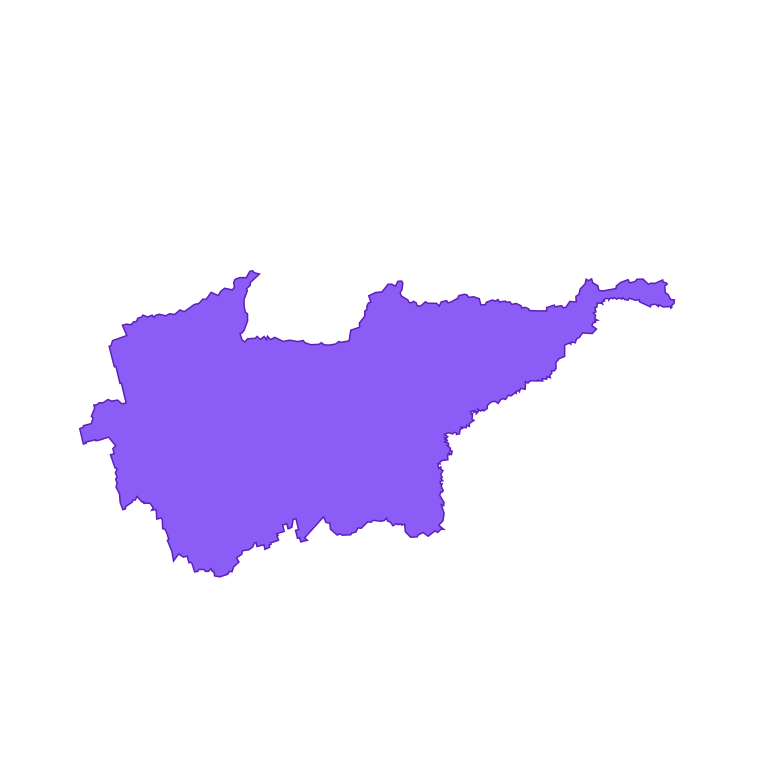 the district of Snowy Valleys, New South Wales, Australia, rotated 247°
{"feature_id": "25037944B29882714445476", "entity_name": "Snowy Valleys", "entity_type": "district", "adm_level": 2, "iso_a3": "AUS", "parent_name": "Australia", "parent_adm1": "New South Wales", "projection": "natural_earth1", "projection_center": [148.158, -35.943], "detail": "fine", "context": "isolated", "style": "filled", "palette": "violet", "viewbox_px": 768, "rotation_deg": 247, "n_neighbors": 0, "source": "geoboundaries", "source_scale": "gbopen_adm2", "svg_char_len": 6154}
<svg xmlns="http://www.w3.org/2000/svg" viewBox="0 0 768 768"><g transform="rotate(247 384 384)"><path d="M273.5,153.1L270.6,157.6L269.9,166.0L271.9,168.1L270.6,170.8L274.4,174.2L276.9,181.0L281.5,180.3L282.9,186.7L285.8,188.4L284.2,194.9L285.3,199.5L288.3,202.6L288.1,204.3L284.0,203.6L282.9,210.6L278.3,209.8L278.4,215.0L280.7,215.4L280.5,217.2L282.0,217.5L281.4,225.9L285.8,226.1L286.0,227.4L288.1,226.5L287.3,234.6L293.8,235.6L293.2,239.9L288.2,239.1L288.0,240.7L288.2,243.3L294.8,247.4L294.4,250.3L283.4,248.5L283.9,245.4L275.7,244.1L275.3,246.3L271.2,245.6L270.1,252.4L273.4,250.8L285.3,276.4L279.2,276.5L277.0,279.7L271.2,278.0L263.2,281.9L263.2,285.1L261.2,286.4L258.2,294.4L259.4,296.0L258.7,300.3L261.7,303.7L260.1,306.8L263.4,314.9L261.8,318.4L262.8,320.6L258.8,327.7L258.2,331.0L259.6,334.0L256.4,333.7L254.3,335.9L250.0,336.9L250.7,340.9L249.0,341.8L248.6,345.0L247.2,345.1L246.9,348.2L239.7,345.9L232.6,348.6L230.3,354.8L231.7,356.4L232.0,361.9L226.6,365.2L228.9,373.4L226.4,375.4L228.1,380.0L226.9,382.2L232.7,379.2L235.0,384.8L241.5,388.8L250.5,389.6L248.7,391.4L251.5,393.0L259.7,391.8L262.4,394.1L261.7,395.6L262.9,396.9L267.5,396.7L269.4,398.5L269.6,397.0L272.3,397.5L272.0,400.3L274.9,399.5L275.4,401.2L278.5,400.8L281.3,404.5L282.9,403.1L285.4,403.9L284.9,401.5L289.6,402.3L288.5,404.4L290.1,404.5L290.9,407.8L289.3,413.2L293.7,414.7L295.0,416.5L292.8,416.3L294.0,417.1L292.7,418.5L295.6,420.5L296.7,418.7L298.9,420.1L302.6,418.2L302.0,419.3L304.3,420.2L307.0,417.3L307.0,420.2L308.5,419.9L308.9,417.9L309.1,419.5L309.7,418.8L310.8,418.9L309.7,419.5L310.6,422.1L314.1,420.0L314.0,424.3L311.2,427.7L312.0,429.9L310.6,431.6L309.2,431.0L308.6,434.0L312.4,436.2L312.5,438.8L314.0,438.2L311.7,442.6L313.7,444.2L311.6,446.0L314.3,447.2L315.4,452.6L317.0,451.2L322.3,454.1L322.3,452.6L324.8,452.9L324.1,457.0L323.0,455.9L322.3,458.0L320.6,457.3L321.8,460.2L324.0,460.6L321.3,462.5L321.5,465.1L320.3,465.3L321.0,469.3L324.0,470.9L325.6,475.9L324.7,479.5L321.5,481.5L324.0,485.3L324.1,487.6L322.3,489.8L325.1,494.1L323.4,496.4L324.8,501.4L323.7,502.1L325.5,502.7L325.4,505.7L324.1,505.6L326.5,508.1L324.0,511.9L330.8,515.2L328.6,516.8L329.8,520.2L326.9,526.2L328.0,527.6L326.8,527.0L324.8,531.3L327.1,531.6L324.9,535.6L327.0,536.9L324.8,539.6L327.2,539.8L328.2,542.6L330.5,543.3L329.6,546.0L331.0,548.4L336.7,550.7L338.9,555.2L338.8,561.1L349.2,565.5L349.3,570.6L347.6,571.5L349.6,572.8L347.2,576.2L350.2,578.7L350.7,582.4L353.4,586.6L349.1,595.4L351.6,601.1L356.4,598.1L358.8,600.6L358.1,602.7L359.8,603.1L359.3,605.5L361.7,603.4L364.5,605.6L367.5,604.4L367.6,607.3L372.0,608.0L371.6,610.0L375.2,612.0L373.0,616.2L371.1,616.7L374.3,616.2L374.3,619.5L375.6,619.1L376.1,621.4L374.5,624.5L373.6,624.0L374.8,626.3L373.0,628.2L373.4,630.1L371.2,631.3L371.3,634.2L369.2,636.1L370.1,637.7L367.6,638.6L365.8,641.5L367.2,643.2L362.8,648.2L361.8,652.0L359.8,651.3L350.9,659.4L352.6,660.7L351.4,665.0L348.0,666.9L349.6,668.0L345.9,671.0L343.3,677.9L341.7,677.7L342.3,679.1L343.6,678.5L344.8,682.4L347.9,684.2L349.8,680.8L355.3,680.5L358.2,678.6L364.6,680.8L365.2,683.6L366.4,683.6L368.9,680.8L370.9,681.2L370.8,672.4L372.5,669.4L372.5,666.3L379.4,663.4L381.6,657.7L380.2,655.3L381.1,649.6L384.7,649.4L385.0,641.3L383.4,636.1L381.2,634.8L384.3,621.4L386.3,618.4L391.0,619.2L395.6,615.7L399.7,616.2L399.2,612.7L401.5,611.0L397.6,608.3L394.8,601.7L390.3,598.4L389.7,594.9L384.4,593.0L387.4,587.3L383.5,581.3L384.4,578.6L386.8,578.0L388.2,571.5L390.1,571.6L390.8,563.5L387.8,562.5L390.1,556.6L394.9,546.3L396.3,546.7L399.4,544.0L400.3,540.5L402.5,540.7L406.4,537.2L407.4,532.6L410.3,532.1L411.3,528.8L412.9,528.1L414.4,522.3L417.2,522.0L416.8,518.7L418.9,516.8L419.3,510.5L417.6,508.2L418.8,504.1L425.4,505.0L429.2,500.7L430.8,495.6L433.5,495.3L435.1,493.3L436.1,487.4L434.1,485.3L433.3,476.9L433.8,474.7L436.3,474.2L437.2,468.7L434.2,465.4L437.8,463.8L441.2,455.8L443.5,454.3L441.4,448.0L443.2,445.1L446.3,445.3L448.6,443.4L448.0,440.9L449.5,438.9L452.1,438.8L458.1,434.4L461.8,434.5L463.6,437.2L469.3,440.7L471.8,440.5L473.1,436.9L469.5,432.7L472.7,430.3L474.3,426.8L469.6,418.2L471.5,411.8L471.2,404.4L464.4,403.9L464.7,401.3L462.3,398.6L459.3,397.4L458.6,394.7L453.9,392.8L449.8,385.2L445.8,383.7L446.5,374.4L437.3,368.7L439.4,360.0L440.8,359.2L439.7,354.9L441.4,348.4L443.4,344.3L446.5,342.5L445.9,339.8L448.7,332.1L453.0,327.2L455.6,326.7L456.7,321.3L461.2,314.3L462.6,307.8L469.6,301.7L469.2,296.9L473.5,295.4L470.8,293.1L474.6,292.2L473.4,287.6L477.4,285.8L476.4,283.1L478.9,276.2L477.2,272.3L480.0,270.6L486.9,271.2L486.4,273.1L488.1,276.2L495.4,283.1L501.9,285.8L504.4,284.4L510.4,285.7L516.5,288.2L523.3,294.7L525.3,294.5L527.1,299.4L529.7,300.7L533.9,312.3L537.3,307.9L539.5,307.5L540.1,304.4L535.7,298.8L538.3,292.7L538.6,287.9L536.3,285.4L531.6,284.1L529.9,281.2L534.4,274.7L533.1,269.9L530.2,265.9L535.9,260.7L531.5,253.5L532.9,250.3L530.5,245.2L531.3,240.3L528.6,228.4L531.9,225.1L529.8,218.5L532.4,214.2L532.1,209.7L536.0,204.4L536.4,200.6L535.2,198.2L538.0,197.5L538.0,192.7L541.6,189.0L540.3,186.9L540.8,183.0L538.3,180.7L539.0,177.9L537.4,174.0L539.7,170.5L540.3,166.2L529.1,166.2L530.0,151.1L525.8,147.6L526.1,145.7L505.2,142.5L504.9,144.1L487.7,141.2L487.4,142.6L467.3,139.2L468.2,134.9L473.2,132.6L474.7,126.6L477.6,123.8L476.5,118.3L478.0,114.3L477.1,111.5L478.0,108.7L474.8,108.2L468.5,101.9L466.6,103.0L461.9,99.1L463.1,91.1L461.7,90.7L461.8,86.5L446.2,83.8L445.8,86.6L447.0,86.8L445.4,96.8L444.3,96.6L443.5,100.6L442.7,109.7L431.9,112.9L430.5,109.2L425.2,108.3L425.8,104.6L411.9,103.6L410.3,105.3L407.1,102.0L402.5,102.0L401.4,99.9L396.6,99.4L394.0,97.1L386.3,97.6L378.2,94.9L370.3,94.5L370.1,97.2L372.1,98.2L373.6,105.9L375.1,107.5L374.4,109.8L377.0,112.6L369.6,115.3L369.4,116.8L368.0,116.3L365.8,121.8L360.3,123.3L358.5,120.8L357.8,124.6L356.1,124.8L348.4,122.0L347.8,126.4L345.6,126.9L337.3,123.7L335.8,125.7L330.7,125.8L325.0,125.1L324.7,123.5L313.1,123.4L303.3,121.1L307.8,128.6L303.1,131.6L302.4,135.6L295.7,134.6L295.5,136.4L293.7,137.1L285.1,136.3L284.2,139.3L285.6,141.1L283.5,145.9L281.3,146.3L280.1,149.3L281.5,152.6L278.4,152.8L278.0,154.1L273.5,153.1Z" fill="#8b5cf6" stroke="#5b21b6" stroke-width="1.5"/></g></svg>